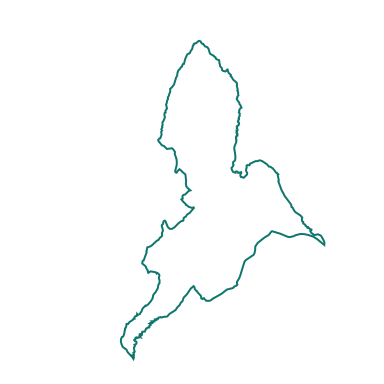 Kakonko, Kigoma, United Republic of Tanzania (Natural Earth projection), rotated 343°
{"feature_id": "72390352B1364689767312", "entity_name": "Kakonko", "entity_type": "district", "adm_level": 2, "iso_a3": "TZA", "parent_name": "United Republic of Tanzania", "parent_adm1": "Kigoma", "projection": "natural_earth1", "projection_center": [30.86, -3.21], "detail": "fine", "context": "isolated", "style": "outline", "palette": "teal", "viewbox_px": 384, "rotation_deg": 343, "n_neighbors": 0, "source": "geoboundaries", "source_scale": "gbopen_adm2", "svg_char_len": 6038}
<svg xmlns="http://www.w3.org/2000/svg" viewBox="0 0 384 384"><g transform="rotate(343 192 192)"><path d="M290.0,248.7L288.9,246.2L285.0,241.5L284.4,240.2L283.5,235.9L282.8,235.4L283.1,233.3L282.9,232.4L279.2,222.2L279.3,221.5L278.2,216.5L277.7,207.0L278.4,206.3L279.0,200.3L279.6,200.2L278.9,198.7L278.1,198.1L276.3,193.3L274.4,190.8L273.0,190.2L271.9,187.6L268.3,183.1L266.4,181.7L265.3,181.4L263.8,181.7L261.9,181.1L255.7,181.9L254.8,183.2L252.7,182.4L251.9,182.8L251.4,184.7L250.0,186.8L249.9,187.9L250.4,189.8L249.8,191.3L245.9,193.4L245.2,193.4L244.4,192.4L243.3,192.1L243.1,191.5L243.0,190.5L243.7,189.0L244.8,188.0L244.8,187.4L241.8,187.3L241.4,185.8L240.7,185.3L239.8,185.3L239.2,185.6L239.1,186.2L237.1,184.7L236.6,182.1L236.8,180.6L239.1,179.1L239.5,178.2L239.3,178.1L240.0,175.5L241.8,174.7L242.6,174.0L243.5,172.0L244.3,168.8L245.1,162.6L246.3,160.4L249.0,157.1L249.4,155.2L249.7,155.2L249.8,153.5L250.2,153.1L250.0,152.5L250.6,151.6L251.9,151.4L251.8,150.4L252.5,149.9L251.8,148.6L252.3,147.1L252.4,146.8L252.8,147.4L253.9,145.5L253.5,143.8L255.3,142.0L255.1,141.9L256.3,141.5L256.7,141.0L257.2,139.8L256.5,138.7L256.6,137.8L257.0,137.8L257.5,136.7L258.3,136.1L258.4,135.5L258.1,135.2L259.2,133.6L259.9,133.2L260.1,132.0L260.6,131.2L260.1,129.4L260.6,129.1L261.3,127.2L263.1,125.9L264.0,125.8L263.7,123.1L263.1,121.8L263.3,120.2L262.7,119.0L262.0,116.5L262.2,115.5L262.9,115.2L263.3,114.0L264.6,113.2L264.9,111.2L265.3,110.1L265.0,108.3L265.6,107.9L265.9,103.5L266.7,101.8L266.6,100.4L264.2,96.6L263.4,93.2L262.8,92.6L263.4,91.5L261.8,88.7L261.8,85.3L261.1,85.3L260.0,86.3L259.2,86.5L257.4,85.5L256.4,84.3L256.7,82.2L255.6,79.9L256.0,78.3L255.9,76.6L256.4,74.7L256.4,73.8L254.7,72.6L253.9,71.6L253.8,70.0L253.0,69.3L252.7,68.2L249.9,65.4L249.6,64.1L249.7,60.2L249.0,58.0L247.0,56.5L246.0,53.6L245.2,53.4L244.3,51.5L244.4,50.7L243.2,49.6L242.5,49.5L239.4,50.9L237.4,50.7L236.9,51.1L237.0,51.5L235.6,52.4L234.0,55.3L231.7,57.0L231.1,58.0L230.0,58.8L229.2,58.6L227.6,59.1L224.4,62.8L221.8,67.1L221.0,66.9L219.6,68.1L219.3,69.0L217.9,69.5L216.1,71.0L215.0,71.4L214.2,72.1L212.9,73.9L211.8,76.4L210.2,78.0L206.2,84.0L203.7,85.8L201.2,87.0L201.1,88.1L200.1,90.4L199.1,91.3L198.1,93.1L196.5,94.5L196.3,96.0L195.1,97.1L193.6,99.9L192.8,100.7L192.5,104.8L190.3,106.6L190.0,108.3L189.1,108.3L188.1,110.0L188.0,112.6L185.4,115.8L184.5,116.3L184.1,116.9L183.3,119.8L182.6,120.3L182.6,121.3L181.0,123.1L181.3,124.5L180.1,125.5L179.7,128.3L177.3,131.4L176.6,131.3L175.0,132.1L174.8,133.3L176.8,138.4L178.6,139.8L180.6,143.5L185.6,144.3L186.5,145.7L187.5,148.9L186.6,150.3L186.8,155.6L186.4,158.2L185.3,161.7L182.1,166.9L181.9,167.9L182.6,169.0L183.0,169.0L184.6,167.6L186.7,166.5L187.4,167.8L188.1,168.4L188.4,169.6L190.6,172.9L190.8,173.3L189.6,179.9L188.5,182.3L188.2,185.0L189.0,187.0L190.9,190.0L189.2,190.0L184.7,192.4L183.0,192.3L181.9,192.9L181.5,193.7L181.2,195.6L179.7,195.9L180.7,198.7L182.3,201.4L182.4,202.6L183.5,203.5L184.3,205.0L186.7,206.8L188.2,207.4L189.0,207.2L189.1,207.8L183.6,211.4L180.7,212.1L179.1,213.6L176.6,214.3L175.3,216.8L173.0,216.8L170.2,217.8L165.1,220.6L162.0,221.4L160.1,220.8L159.0,219.3L158.5,217.6L158.1,212.2L157.7,211.5L157.0,211.4L156.1,211.9L154.9,214.1L153.7,214.6L153.2,215.4L153.0,220.3L151.2,222.6L150.8,224.7L150.0,225.6L148.0,226.3L145.8,228.1L144.4,228.2L137.8,231.4L135.7,231.9L133.0,231.9L131.4,235.1L131.0,235.3L131.0,236.4L125.8,243.3L125.4,243.2L124.4,243.8L123.5,245.8L126.0,249.7L126.0,251.8L126.8,254.3L126.4,255.3L126.6,256.5L129.3,255.8L133.3,257.9L134.0,258.4L134.2,259.2L134.5,258.9L135.2,259.2L136.5,261.3L136.3,262.6L135.0,264.9L135.2,266.9L134.2,269.8L132.9,270.6L131.1,274.1L127.4,277.6L126.2,278.1L124.7,279.4L123.2,282.2L120.9,284.3L117.3,286.6L115.4,287.3L114.5,287.0L114.1,287.6L113.5,287.4L110.5,289.2L109.2,291.0L106.3,293.5L104.1,293.7L103.8,292.7L103.0,294.3L101.3,294.3L100.6,294.7L100.0,296.4L99.2,296.0L97.9,297.0L94.2,298.1L92.3,299.5L91.2,299.0L90.7,299.2L90.5,300.0L89.1,302.3L88.1,302.9L87.5,304.6L86.8,305.3L86.1,307.1L84.4,309.6L83.4,310.3L82.6,310.2L81.4,311.5L80.3,313.9L80.1,316.9L80.5,320.0L83.2,323.5L83.7,326.5L86.5,332.2L87.2,334.5L88.2,333.0L88.1,331.4L87.8,330.8L88.7,331.0L89.1,329.7L88.9,328.7L90.5,328.0L90.5,326.5L91.0,323.8L92.4,322.6L92.3,321.2L93.9,321.1L94.5,320.7L95.1,319.2L94.8,318.5L93.8,317.8L93.4,316.7L94.7,316.2L95.1,315.1L95.9,314.8L95.9,315.4L97.1,315.7L98.0,315.2L98.9,315.6L99.4,314.9L100.2,315.6L99.9,314.4L100.0,313.4L100.8,313.4L101.0,314.2L101.7,314.3L101.8,313.9L101.2,312.7L101.9,312.7L102.5,313.4L103.6,311.1L106.1,311.7L108.0,309.3L108.6,309.5L109.3,308.8L110.0,308.7L111.2,309.1L111.7,308.8L111.6,308.2L112.4,307.2L112.9,307.4L113.7,307.1L113.8,305.7L113.2,305.3L115.3,304.8L115.1,305.6L115.7,305.8L116.5,304.5L116.1,304.0L117.0,304.2L117.0,304.9L117.8,304.4L118.3,304.7L118.7,304.0L119.3,304.0L119.3,303.2L120.5,303.9L120.8,303.0L121.9,302.9L122.3,303.4L123.5,302.3L124.9,302.6L125.3,302.4L126.4,303.2L128.0,303.1L132.0,303.8L134.8,302.0L141.7,300.1L144.4,297.9L147.3,296.4L148.8,294.7L150.9,293.7L153.2,290.5L157.0,288.5L162.5,284.0L166.0,282.5L166.5,283.4L166.3,285.6L167.1,287.6L167.7,288.1L168.0,289.6L170.1,293.8L169.8,296.6L170.7,297.3L171.0,297.0L172.3,297.0L172.4,297.8L173.5,299.3L173.6,299.9L174.8,300.6L177.2,301.2L179.0,300.9L180.3,300.2L190.4,298.0L196.8,295.5L203.1,295.8L204.8,294.8L207.2,294.5L208.3,293.9L208.3,292.2L208.8,291.0L211.7,288.5L213.5,286.3L221.9,273.9L223.4,272.9L232.5,270.1L233.7,269.0L235.3,266.3L236.6,262.6L240.1,259.8L248.2,256.7L252.9,255.5L255.8,253.4L257.1,252.9L264.1,257.6L270.4,262.8L272.1,263.7L276.5,264.0L278.1,263.6L283.1,263.8L286.8,265.0L290.6,267.1L295.0,270.2L297.8,273.5L303.0,281.3L303.9,278.9L303.8,277.4L303.4,274.8L303.0,273.8L303.0,272.9L302.4,271.3L300.1,269.3L296.9,269.0L296.0,268.5L294.2,266.0L293.7,263.8L295.1,263.3L295.3,262.9L293.7,261.5L293.4,260.8L292.2,260.3L292.0,259.9L292.5,259.4L291.6,258.9L291.1,257.7L290.7,257.5L290.7,256.4L289.2,254.6L289.6,253.1L288.8,252.4L289.1,250.0L290.0,248.7Z" fill="none" stroke="#0f766e" stroke-width="2"/></g></svg>